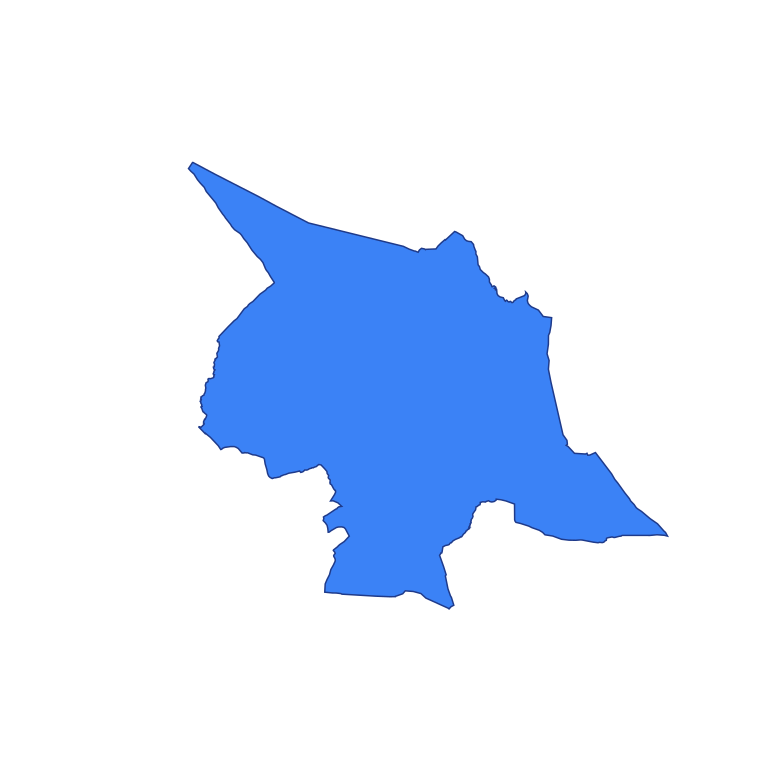 Monduli, Arusha, United Republic of Tanzania (orthographic projection), rotated 143°
{"feature_id": "72390352B11439822404473", "entity_name": "Monduli", "entity_type": "district", "adm_level": 2, "iso_a3": "TZA", "parent_name": "United Republic of Tanzania", "parent_adm1": "Arusha", "projection": "orthographic", "projection_center": [36.288, -3.452], "detail": "fine", "context": "isolated", "style": "filled", "palette": "blue", "viewbox_px": 768, "rotation_deg": 143, "n_neighbors": 0, "source": "geoboundaries", "source_scale": "gbopen_adm2", "svg_char_len": 6154}
<svg xmlns="http://www.w3.org/2000/svg" viewBox="0 0 768 768"><g transform="rotate(143 384 384)"><path d="M556.6,253.4L550.9,248.1L547.8,245.7L544.6,242.6L544.1,241.5L518.0,219.3L507.6,210.8L503.0,207.4L502.9,207.6L495.3,205.2L491.5,206.0L485.5,200.7L480.6,194.4L479.4,187.8L467.7,166.4L467.4,165.2L464.5,165.8L461.4,165.3L458.6,173.0L458.4,174.9L456.2,181.9L450.5,193.8L449.2,194.2L446.3,202.3L442.7,213.8L441.0,214.3L440.5,214.8L439.6,214.3L438.6,215.0L435.0,218.5L432.3,218.1L429.7,216.9L428.5,216.6L427.5,217.0L426.4,217.1L425.8,216.7L423.3,217.2L420.5,216.9L416.0,215.7L414.9,215.9L414.5,215.4L413.7,215.3L410.9,216.3L408.7,216.4L407.6,216.8L407.2,217.2L406.3,217.0L405.1,217.4L404.1,217.2L403.7,217.5L403.1,217.1L402.6,217.3L402.9,218.0L402.7,218.2L401.5,218.0L401.8,218.8L400.9,219.1L400.6,219.6L399.9,219.6L399.2,220.6L398.8,220.4L397.8,220.9L397.6,221.4L397.7,221.6L397.1,222.2L396.8,222.2L396.0,223.2L394.0,223.8L392.4,224.9L392.2,225.8L391.2,226.9L386.6,228.4L384.4,230.5L383.5,230.1L381.2,230.2L380.1,229.8L379.1,230.5L378.4,231.5L376.0,230.5L373.9,228.6L373.2,228.7L370.8,227.9L370.1,226.2L368.9,224.9L367.5,224.2L366.5,223.8L364.3,223.8L363.7,224.5L360.2,221.1L357.0,217.2L352.0,209.6L361.4,196.9L361.9,195.5L361.9,194.1L359.0,190.6L353.9,183.4L352.3,180.2L348.0,173.7L346.6,170.0L346.2,166.7L340.8,161.1L335.7,153.2L330.4,148.1L324.9,143.8L321.0,141.3L319.6,140.1L312.1,131.8L308.6,128.4L307.1,127.8L305.2,126.0L304.0,125.5L302.8,125.4L302.1,125.7L300.5,125.4L299.2,126.8L298.2,126.7L293.9,124.6L292.7,123.0L291.9,122.5L287.8,120.8L286.1,119.8L285.5,119.9L284.7,119.6L262.7,103.0L256.7,99.3L251.2,94.5L249.1,91.9L248.5,96.1L248.9,97.9L249.7,107.8L252.5,116.3L255.0,127.2L256.7,132.0L257.0,133.6L256.8,137.2L257.4,142.2L257.0,144.7L257.2,152.1L256.9,164.5L257.1,168.8L256.3,175.3L256.4,202.0L262.4,203.4L264.1,204.5L263.6,206.5L265.2,206.8L273.6,214.0L274.6,223.4L275.4,225.4L273.8,225.5L271.8,228.9L271.6,235.7L249.6,284.9L243.8,296.9L238.0,303.4L235.6,310.0L228.8,316.8L223.4,323.8L220.6,325.4L215.4,330.2L210.2,336.1L216.2,342.1L216.2,350.1L219.8,356.9L220.3,359.3L220.4,361.3L220.1,362.6L219.3,364.4L216.1,367.3L215.7,368.1L215.2,370.1L215.5,372.2L216.1,371.1L218.0,370.2L218.8,370.1L227.2,372.4L228.1,372.0L230.0,372.2L231.7,371.6L232.7,371.9L233.0,372.3L233.2,373.8L233.7,374.1L234.8,374.2L235.1,374.8L235.5,375.5L235.3,376.5L235.8,377.3L237.2,377.0L237.4,378.1L236.8,381.1L238.9,383.7L239.7,386.0L239.3,388.3L237.6,391.0L238.3,392.2L238.2,392.4L237.1,392.2L237.2,392.9L236.9,393.2L237.9,393.9L236.8,394.1L236.5,394.4L237.1,396.2L238.4,396.3L239.2,396.8L238.7,398.1L238.4,402.0L236.8,404.2L236.1,406.6L236.8,410.8L237.6,413.3L238.2,417.5L237.1,420.4L237.1,422.6L232.9,429.4L232.4,432.5L230.7,434.7L230.7,435.5L229.4,439.9L228.5,441.6L228.7,445.2L230.7,447.1L231.9,448.8L232.4,451.0L231.9,455.1L234.9,461.9L235.8,463.3L248.3,462.0L248.4,462.6L253.2,462.3L257.7,461.7L261.2,460.6L269.9,466.6L270.1,466.5L270.4,467.5L272.4,469.8L275.1,469.7L277.5,468.7L279.0,471.3L279.7,471.9L282.7,476.5L285.7,482.3L347.4,558.1L363.3,591.4L371.1,608.6L392.8,653.4L403.3,676.0L403.7,676.1L410.5,673.7L410.2,670.0L409.4,666.0L410.0,659.5L409.8,654.6L409.2,649.2L410.1,644.7L409.4,629.8L410.3,624.5L410.6,616.9L410.5,613.7L410.7,612.2L410.5,603.8L410.8,601.4L410.5,597.2L408.4,591.0L408.2,588.6L408.5,584.5L408.2,579.2L408.9,570.5L408.5,562.1L407.7,558.1L407.6,553.8L409.3,547.3L409.5,545.5L409.4,542.5L410.0,538.3L410.5,531.2L410.9,530.8L415.7,530.4L419.6,530.8L422.1,530.2L429.0,530.4L438.9,528.8L442.7,529.0L444.6,528.8L446.4,528.1L450.3,528.2L462.1,524.7L465.7,524.7L473.5,523.6L487.2,521.3L487.7,520.4L488.4,519.9L489.2,519.8L491.2,518.9L491.4,517.8L490.5,516.8L492.4,513.4L494.6,512.1L495.2,511.1L496.4,510.1L499.0,509.1L500.8,505.8L501.4,505.6L502.3,505.7L502.8,505.3L503.7,505.7L504.3,505.3L504.8,504.4L505.7,504.2L507.1,503.3L507.3,502.0L508.0,501.1L508.6,500.8L509.1,499.9L510.1,500.2L510.9,498.4L510.5,497.0L512.1,496.6L512.7,495.8L514.1,495.1L514.4,494.7L513.9,493.4L515.2,492.9L515.5,492.0L516.9,491.8L519.2,492.6L520.6,493.8L521.4,493.9L521.9,493.5L522.1,492.8L523.3,491.8L525.3,492.1L527.4,490.6L528.8,487.9L529.6,487.3L530.9,485.8L532.4,484.7L533.7,484.2L534.5,483.5L535.9,483.8L537.4,483.7L537.6,483.5L538.1,483.7L538.2,483.2L538.9,482.9L539.1,481.8L539.6,481.9L539.6,481.4L540.3,480.8L540.9,481.0L541.3,480.7L541.3,479.6L541.8,478.9L541.9,477.4L542.6,476.5L542.8,475.6L543.9,475.9L544.2,475.4L544.1,474.4L545.1,471.5L545.2,470.3L544.8,469.8L544.9,469.1L544.2,466.3L544.6,465.5L546.5,464.2L548.4,463.8L548.3,463.4L549.4,463.3L550.4,462.7L551.0,462.3L551.2,461.6L551.7,461.4L551.6,460.4L552.4,460.1L555.9,459.6L557.1,459.8L556.8,460.7L557.4,461.2L557.8,461.0L556.7,452.0L556.3,452.2L554.8,446.1L553.5,434.5L553.8,429.9L553.0,429.6L551.3,429.7L549.3,429.2L544.1,426.3L541.2,424.1L540.1,422.4L539.2,420.2L538.9,414.3L537.2,413.1L536.5,413.1L535.8,412.2L534.3,411.1L531.5,406.5L529.3,404.5L524.6,397.5L524.7,396.0L527.0,391.7L529.1,386.1L530.8,382.6L531.3,380.8L531.5,379.8L531.2,377.9L530.2,375.8L527.6,374.9L527.1,374.4L523.3,372.6L522.4,372.3L521.3,372.6L520.7,372.2L518.8,371.8L517.1,371.0L513.8,370.1L508.2,367.2L503.8,365.3L503.7,363.5L501.9,362.8L500.9,362.7L499.0,363.0L498.0,362.1L496.6,361.4L494.5,361.2L492.5,360.4L492.0,360.5L490.8,359.6L489.6,359.5L487.8,358.8L484.6,359.0L483.0,357.3L482.4,352.2L482.2,348.6L483.3,346.6L483.2,344.4L484.9,342.8L485.1,341.9L484.7,340.2L485.0,339.4L486.4,337.9L486.4,337.5L486.8,337.4L487.1,336.3L486.7,335.8L486.6,334.8L487.3,330.5L487.2,328.3L486.9,328.2L487.2,327.5L487.8,326.7L490.0,325.5L497.1,322.8L494.9,321.3L492.3,316.8L491.4,311.7L494.1,313.1L495.7,313.1L496.8,312.7L497.7,313.1L508.7,313.7L510.1,314.1L512.4,314.2L513.0,312.8L514.8,311.5L514.4,308.4L514.5,305.4L515.8,302.5L517.8,299.2L516.9,298.7L514.5,298.7L508.3,298.0L506.4,297.2L503.7,295.3L502.3,293.5L502.0,291.6L503.3,283.4L510.6,282.1L515.6,282.4L517.7,282.3L518.8,282.0L524.1,281.9L524.7,281.5L524.5,279.4L525.0,278.0L526.5,277.7L527.5,277.2L527.9,276.4L528.1,274.6L528.5,273.3L529.6,271.9L533.3,269.9L538.1,267.8L542.3,264.5L547.4,262.0L551.3,259.7L556.6,253.4Z" fill="#3b82f6" stroke="#1e3a8a" stroke-width="1.5"/></g></svg>